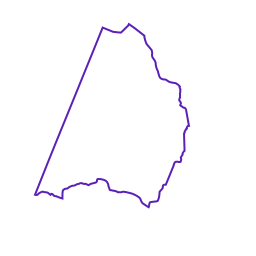 Mojuí dos Campos, Pará, Brazil, rotated 22°
{"feature_id": "56859067B52819076626777", "entity_name": "Mojuí dos Campos", "entity_type": "district", "adm_level": 2, "iso_a3": "BRA", "parent_name": "Brazil", "parent_adm1": "Pará", "projection": "orthographic", "projection_center": [-54.48, -3.076], "detail": "fine", "context": "isolated", "style": "outline", "palette": "violet", "viewbox_px": 256, "rotation_deg": 22, "n_neighbors": 0, "source": "geoboundaries", "source_scale": "gbopen_adm2", "svg_char_len": 3948}
<svg xmlns="http://www.w3.org/2000/svg" viewBox="0 0 256 256"><g transform="rotate(22 128 128)"><path d="M66.8,224.7L68.1,224.5L68.8,224.0L69.2,223.5L70.0,221.8L71.0,220.5L72.5,219.1L73.0,218.9L73.9,218.9L74.7,218.7L75.7,218.4L76.5,218.3L77.5,218.0L78.1,218.1L79.1,218.4L80.2,218.8L81.2,219.0L81.5,217.8L82.5,217.6L83.4,217.8L84.0,218.3L85.4,218.6L86.2,218.4L87.1,218.1L88.1,218.2L89.1,218.2L91.2,218.1L92.2,218.1L93.6,217.9L93.1,216.8L92.9,216.1L91.9,213.6L91.1,210.9L91.1,210.1L92.0,208.3L93.0,207.7L93.5,207.3L94.5,206.8L95.0,205.9L95.5,205.0L96.4,204.0L97.4,202.9L97.9,202.5L99.1,201.9L100.2,201.1L100.6,200.7L101.5,199.5L102.1,199.0L103.4,198.2L104.0,197.4L104.4,197.1L105.3,196.6L106.5,196.4L107.5,196.5L108.2,196.3L109.1,195.9L109.9,195.6L111.8,195.8L113.0,195.7L113.8,194.4L114.6,193.6L115.1,193.2L116.5,192.2L117.3,191.6L118.4,190.8L119.0,190.0L119.1,189.0L118.8,187.8L118.8,187.0L119.3,186.5L120.0,186.3L121.7,185.6L122.5,185.5L123.9,185.3L125.2,185.1L126.3,185.2L127.2,185.3L127.8,185.5L128.9,186.0L129.5,186.5L130.4,187.3L130.9,187.9L131.4,188.8L132.1,189.8L133.2,190.8L133.7,191.6L134.2,192.1L134.8,192.3L136.3,191.8L137.1,191.8L137.8,191.7L138.9,191.3L139.7,191.3L140.6,191.1L141.4,191.1L142.6,191.4L143.7,190.9L144.5,190.6L145.6,190.2L147.2,189.0L147.7,188.7L148.6,188.6L149.6,188.3L151.2,188.0L152.3,187.9L153.6,187.6L154.4,187.6L156.0,187.3L159.8,187.4L160.6,187.5L162.0,187.7L163.7,188.1L164.6,188.3L165.4,188.7L166.2,189.3L166.6,189.7L167.6,190.8L168.7,191.7L169.4,192.2L170.3,192.4L171.5,192.7L172.6,192.9L173.7,193.1L174.3,193.3L175.4,193.5L176.8,193.7L176.8,193.1L176.7,192.2L176.3,190.9L176.2,190.3L176.2,189.6L176.2,188.8L176.7,188.3L177.4,187.8L178.0,187.5L178.9,187.0L179.5,186.6L180.5,186.2L181.4,185.6L182.1,185.2L182.6,184.8L182.9,184.2L182.9,183.6L182.8,182.0L182.6,180.0L182.1,178.4L181.9,177.4L181.6,176.5L181.3,175.8L181.2,175.2L182.0,173.0L182.2,172.4L182.4,171.8L182.6,171.1L182.6,170.5L182.4,169.7L182.2,169.1L182.1,168.4L182.2,167.7L182.6,167.2L183.5,166.7L184.3,166.4L184.4,145.9L184.2,145.2L184.3,144.6L184.1,143.8L184.2,143.1L184.4,142.3L184.7,141.6L185.5,141.2L186.2,140.8L187.0,140.6L187.9,140.5L188.9,140.1L189.4,139.6L189.4,138.8L189.2,138.1L189.2,137.4L188.9,136.8L188.3,136.2L188.0,135.3L188.2,134.2L188.4,133.3L188.4,132.7L188.6,132.1L188.2,131.2L188.1,130.5L188.3,129.8L188.5,129.1L188.7,128.5L189.0,128.0L182.0,112.1L182.3,111.2L182.0,110.5L181.8,109.7L182.1,108.9L182.3,108.3L182.1,107.6L182.6,107.1L182.8,106.5L182.4,105.7L182.4,104.7L182.6,104.1L182.9,103.5L183.7,103.2L175.1,89.5L174.6,89.0L174.1,88.5L173.6,88.2L172.8,88.1L171.9,88.3L171.0,88.2L170.0,87.8L168.8,87.7L168.0,87.4L167.8,86.8L167.9,86.0L167.7,85.0L167.1,84.4L165.3,83.3L164.9,82.4L164.7,81.5L164.8,80.7L164.8,80.1L164.5,79.6L164.3,79.0L164.1,78.4L163.8,77.7L163.3,76.9L163.2,76.2L163.1,75.3L162.8,74.4L162.3,73.7L162.2,72.7L161.6,72.0L161.0,71.5L160.6,71.0L160.6,70.2L158.6,69.2L157.2,68.9L156.0,68.6L154.8,68.7L154.0,68.9L152.2,69.3L151.1,69.5L149.9,69.7L148.6,69.7L147.3,69.5L146.3,69.3L145.4,69.0L144.4,69.1L143.2,69.5L142.6,69.7L141.4,69.8L140.4,69.8L139.8,69.7L138.7,69.2L138.0,68.7L137.3,67.9L136.8,67.2L136.3,66.7L135.3,65.4L134.9,64.8L134.4,64.1L133.9,63.6L133.1,62.9L132.2,62.0L131.8,61.4L131.3,60.9L130.8,60.1L130.3,59.4L129.7,58.3L129.4,57.5L129.0,57.0L128.6,56.5L128.0,55.9L127.0,55.1L126.4,54.7L125.8,54.3L125.1,53.9L124.3,53.3L123.8,52.8L123.2,51.9L122.7,50.8L122.5,49.7L122.0,48.8L121.5,48.0L121.1,47.4L120.5,46.7L119.9,46.5L119.3,46.1L118.5,45.7L117.5,45.1L117.0,44.9L115.9,44.3L114.8,43.7L113.6,43.0L113.0,42.4L112.3,41.6L111.3,40.5L110.7,39.8L110.1,38.9L109.6,38.2L109.0,37.3L108.6,36.3L103.0,34.7L99.1,33.6L98.2,33.3L97.5,33.1L89.9,31.3L89.8,32.3L89.8,33.0L88.3,36.3L87.8,37.5L87.1,39.2L85.7,42.2L81.8,43.4L78.2,44.4L66.9,44.4L66.9,45.0L66.9,48.3L66.9,67.5L66.9,68.4L66.8,97.3L66.8,98.5L66.8,103.3L66.8,108.8L66.6,169.6L66.6,188.9L66.7,207.7L66.8,224.7Z" fill="none" stroke="#5b21b6" stroke-width="2"/></g></svg>